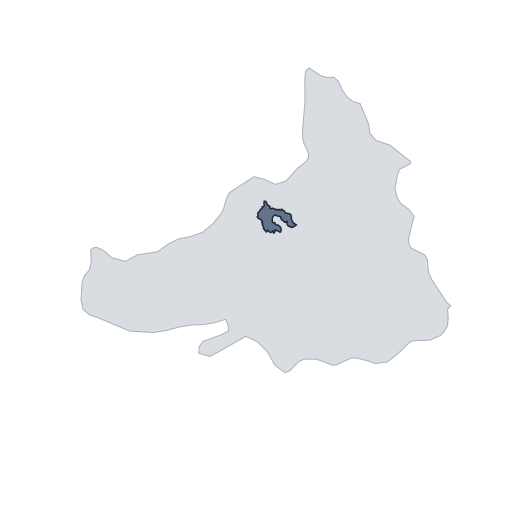 San José de Ocoa, San José de Ocoa, Dominican Republic (highlighted), rotated 156°
{"feature_id": "3306468B57713364990292", "entity_name": "San José de Ocoa", "entity_type": "district", "adm_level": 2, "iso_a3": "DOM", "parent_name": "Dominican Republic", "parent_adm1": "San José de Ocoa", "projection": "equal_earth", "projection_center": [-70.491, 18.553], "detail": "fine", "context": "in_parent", "style": "filled", "palette": "slate", "viewbox_px": 512, "rotation_deg": 156, "n_neighbors": 0, "source": "geoboundaries", "source_scale": "gbopen_adm2", "svg_char_len": 6640}
<svg xmlns="http://www.w3.org/2000/svg" viewBox="0 0 512 512"><g transform="rotate(156 256 256)"><path d="M98.9,352.8L99.4,331.0L102.0,322.2L99.6,312.9L88.7,303.0L82.1,290.3L76.3,279.1L77.6,277.4L89.4,276.9L93.6,272.8L101.6,261.2L103.2,252.0L102.5,245.0L97.4,236.6L95.4,227.8L101.8,220.1L110.1,208.8L111.3,204.5L111.1,200.2L101.4,188.4L100.8,183.3L105.3,170.5L104.9,162.0L100.5,135.5L98.4,131.6L102.7,129.3L105.6,121.4L109.4,114.4L114.4,110.6L120.1,108.3L131.5,108.5L147.1,114.6L151.6,114.5L166.7,108.9L179.2,105.8L190.9,109.3L195.7,114.1L205.4,121.7L210.3,124.0L225.6,123.8L229.8,124.6L242.7,137.1L253.6,142.1L259.9,142.3L271.2,137.5L276.8,137.6L283.2,148.4L284.5,163.8L289.9,177.7L298.1,186.7L338.7,182.9L347.8,190.3L344.7,196.3L339.0,199.6L319.7,198.1L311.2,198.9L309.5,204.9L309.5,210.5L320.8,211.9L331.9,214.7L343.2,219.2L354.7,222.3L367.6,224.3L380.4,227.6L401.7,238.6L425.3,263.7L431.6,269.4L435.7,277.3L433.8,286.9L425.5,302.8L420.7,307.9L413.8,311.0L409.1,317.5L404.5,328.7L401.7,329.6L398.4,329.1L392.8,322.8L388.7,313.2L377.3,304.1L363.8,305.3L344.0,299.9L331.9,302.5L319.9,303.1L307.6,300.4L295.2,299.4L282.9,302.8L270.9,308.6L266.5,312.3L258.8,321.4L254.7,324.7L225.6,329.3L217.1,322.6L209.4,313.6L198.1,312.3L181.9,319.4L171.7,321.9L167.6,324.9L166.4,328.4L166.3,341.0L164.0,348.7L148.1,377.9L139.1,398.4L135.4,404.8L131.1,406.2L123.4,394.3L118.4,390.1L112.2,387.9L109.6,381.6L109.7,372.7L108.1,364.1L104.3,357.3L98.9,352.8Z" fill="#d9dde1" stroke="#a8b0b8" stroke-width="1"/><path d="M224.3,297.1L224.4,297.9L224.4,298.1L224.5,298.2L224.7,298.4L224.8,298.5L224.8,299.0L224.9,299.4L224.9,299.6L224.8,299.8L224.7,300.2L224.6,300.5L224.6,301.2L224.6,301.4L224.7,301.6L224.8,301.7L224.9,301.9L225.2,302.1L225.8,302.6L226.0,302.7L226.3,302.7L226.4,302.4L226.6,302.1L226.8,301.6L226.9,301.4L227.3,300.8L227.5,300.6L227.5,300.4L227.5,300.2L227.6,299.4L227.6,299.2L227.7,298.9L227.8,298.8L227.9,298.7L228.4,298.5L228.5,298.5L228.8,298.5L228.9,298.4L229.3,298.1L229.5,298.0L229.8,298.0L230.1,298.2L230.3,298.3L230.4,298.2L230.6,298.2L230.8,297.5L231.1,297.1L231.2,296.9L231.3,296.9L232.3,296.9L232.6,296.8L232.9,296.7L233.4,296.2L234.0,295.8L234.5,295.7L235.0,295.2L235.4,295.0L235.9,295.0L236.3,294.7L236.7,294.6L236.9,294.6L237.0,294.4L237.1,294.2L237.2,293.4L237.3,293.1L237.4,292.9L237.9,292.2L238.1,291.7L238.3,291.5L238.4,291.4L238.7,291.3L238.9,291.3L239.0,291.2L239.1,290.8L239.0,290.7L238.7,290.2L238.6,289.9L238.4,289.4L238.3,289.1L238.0,288.5L237.9,288.4L237.5,288.2L237.4,288.2L237.1,287.9L236.8,287.5L236.8,287.3L236.7,287.2L236.8,286.9L236.7,286.7L236.4,286.1L236.1,285.4L236.0,285.1L236.1,284.9L236.2,284.7L236.4,284.6L236.7,284.6L236.9,284.5L237.0,284.4L237.1,284.2L236.8,283.3L236.7,283.1L236.8,283.0L236.8,282.9L237.1,282.7L237.4,282.4L237.4,282.2L237.5,282.0L237.5,281.6L237.4,281.3L237.3,280.9L237.2,280.7L237.3,280.5L237.4,280.0L237.5,279.3L237.6,279.1L237.7,278.8L237.9,278.4L238.0,278.2L237.9,278.0L237.9,277.9L237.6,277.8L237.5,277.7L237.5,277.3L237.7,276.7L237.7,276.4L237.7,276.1L237.5,275.9L237.4,275.5L237.3,275.4L237.0,275.2L236.9,274.9L236.8,274.2L236.7,273.7L236.0,273.9L235.5,274.3L235.2,274.5L234.7,274.6L234.3,274.4L234.2,273.5L233.9,272.7L233.6,271.9L233.5,271.7L233.4,271.6L233.1,271.6L232.9,271.5L231.4,271.6L231.1,271.6L230.8,271.8L230.6,271.9L230.3,271.7L230.2,271.5L230.2,271.4L230.2,271.2L230.3,271.0L230.6,270.6L230.6,270.3L230.6,270.2L230.5,269.8L230.4,269.7L230.1,269.6L229.9,269.7L229.3,270.1L229.2,270.2L229.1,270.4L228.7,271.5L228.5,271.8L228.3,271.9L228.1,271.9L227.8,271.9L227.6,271.9L227.5,271.7L227.3,271.5L227.3,271.4L227.2,271.0L227.2,270.9L226.7,270.7L226.1,270.3L225.9,270.2L224.9,268.8L224.7,268.5L224.6,268.2L224.4,267.9L223.9,268.1L223.5,268.1L223.3,268.5L223.1,268.8L223.0,269.0L222.9,269.1L222.6,269.3L222.4,269.6L222.1,270.4L222.0,270.6L222.0,271.1L222.0,272.4L222.0,272.7L222.0,272.8L222.1,273.0L222.6,273.7L222.7,274.0L222.8,274.2L222.9,274.8L223.0,275.0L223.4,275.4L223.6,275.5L224.2,275.6L224.4,275.7L224.6,275.9L224.7,276.0L225.2,276.7L225.3,276.9L225.4,277.1L225.3,277.6L225.2,277.9L225.2,278.4L225.3,278.6L225.5,278.9L225.7,279.1L225.9,279.1L226.1,279.0L226.3,279.0L226.5,279.1L226.7,279.3L226.9,279.6L227.0,279.9L227.0,280.2L227.0,280.8L226.9,281.1L226.3,282.7L225.9,283.4L225.7,283.7L225.6,284.0L225.4,284.3L225.1,284.6L224.9,284.8L224.4,285.0L223.5,285.5L223.4,285.6L223.0,285.6L222.1,285.6L221.7,285.6L221.4,285.5L221.3,285.4L221.2,285.3L221.1,284.9L220.9,284.7L220.8,284.4L220.6,284.2L220.2,284.0L219.6,283.4L219.4,283.3L219.1,283.0L218.8,282.9L218.5,282.7L218.2,282.5L217.9,282.3L217.7,282.2L217.5,281.9L217.5,281.7L217.7,281.1L217.9,280.7L217.9,280.4L217.9,280.1L217.9,279.3L217.9,278.7L217.7,278.3L217.6,278.2L217.3,278.0L217.2,277.8L217.1,277.7L216.8,277.0L216.7,276.7L216.5,276.2L216.4,275.8L216.1,275.2L215.6,274.9L215.3,274.8L215.0,274.8L214.8,274.8L214.4,275.1L214.1,275.1L213.9,275.1L213.7,275.1L213.5,274.8L213.5,274.6L213.6,274.3L213.8,274.1L214.1,273.9L214.3,273.7L214.4,273.3L214.5,272.7L214.7,272.0L214.7,271.8L214.7,271.5L214.6,271.4L214.5,271.0L214.4,270.7L214.0,269.9L213.9,269.7L213.5,269.4L213.0,269.1L212.7,268.5L212.6,268.1L212.1,268.0L211.9,268.0L211.7,267.9L211.4,267.5L211.2,267.4L210.6,267.3L210.2,267.3L209.9,267.3L209.4,267.6L209.2,267.6L208.9,267.6L208.0,267.6L207.7,267.7L207.4,267.7L207.0,267.9L206.8,268.0L206.5,268.0L206.6,268.3L206.7,268.6L207.8,269.9L208.1,270.5L208.3,271.2L208.5,271.8L208.6,272.0L208.6,272.6L208.6,275.3L208.6,275.7L208.6,275.9L208.5,276.1L208.2,276.4L208.1,276.5L207.8,277.3L207.7,277.5L207.6,278.3L207.5,278.8L207.4,279.1L207.4,279.4L207.4,279.7L207.5,279.9L207.5,280.0L208.0,280.4L208.2,280.6L208.5,281.0L208.7,281.4L208.7,281.5L208.8,281.6L209.0,281.7L209.5,281.8L209.9,282.0L210.3,282.4L210.4,282.5L210.9,282.6L211.0,282.7L211.1,282.8L211.4,283.4L211.7,284.0L211.9,284.6L211.9,284.8L211.8,285.2L211.8,285.4L211.8,285.7L211.9,285.9L212.0,286.1L212.5,286.3L212.9,287.0L213.0,287.4L213.3,288.1L213.4,288.3L213.5,288.4L213.8,288.4L214.2,288.2L214.7,288.0L215.0,287.8L215.4,287.8L215.5,287.9L215.6,288.1L215.8,288.5L215.9,289.0L216.0,289.1L216.1,289.3L216.4,289.3L217.4,289.3L217.8,289.3L218.1,289.5L218.3,289.7L218.4,289.8L218.5,290.0L218.5,290.5L218.8,290.7L219.0,290.7L219.3,290.5L219.5,290.5L220.0,291.4L220.4,291.8L221.1,292.7L221.4,292.9L221.5,293.0L221.9,293.0L222.3,293.0L223.2,293.1L223.4,293.1L223.6,293.2L223.7,293.3L223.8,293.5L223.9,293.8L223.9,294.1L223.7,294.4L223.6,294.5L223.4,294.7L223.3,294.8L223.2,294.9L223.2,295.1L223.2,295.3L223.2,295.6L223.2,295.8L223.3,296.1L223.4,296.3L223.7,296.5L223.8,296.7L224.1,296.8L224.3,297.1Z" fill="#64748b" stroke="#1e293b" stroke-width="1.5"/></g></svg>